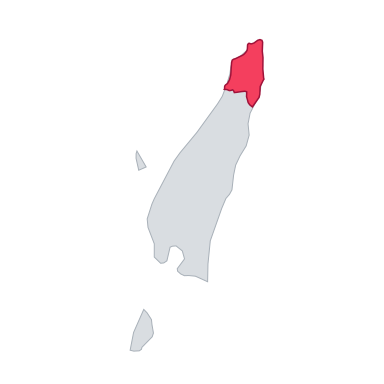 where Lautém sits in East Timor, rotated 309°
{"feature_id": "TLS-553", "entity_name": "Lautém", "entity_type": "District", "adm_level": 1, "iso_a3": "TLS", "parent_name": "East Timor", "parent_adm1": "", "projection": "mercator", "projection_center": [126.937, -8.535], "detail": "fine", "context": "in_parent", "style": "filled", "palette": "rose", "viewbox_px": 384, "rotation_deg": 309, "n_neighbors": 0, "source": "natural_earth", "source_scale": "10m", "svg_char_len": 1734}
<svg xmlns="http://www.w3.org/2000/svg" viewBox="0 0 384 384"><g transform="rotate(309 192 192)"><path d="M132.1,260.6L128.7,247.6L125.0,242.0L122.2,238.8L121.2,234.8L121.4,230.7L123.1,228.8L135.3,228.3L140.1,221.6L140.1,213.6L137.6,210.9L135.3,209.7L122.7,215.8L119.1,214.7L116.9,212.5L117.7,203.6L128.0,195.3L136.8,180.1L142.9,174.1L157.3,168.5L163.1,166.9L204.8,158.6L214.8,158.0L241.2,158.3L276.6,156.4L285.4,155.3L296.7,151.6L307.7,147.1L313.5,143.5L319.6,141.0L328.7,144.2L344.1,146.7L348.3,148.8L352.2,151.8L334.2,167.7L314.5,180.9L302.4,184.9L289.9,187.5L280.3,192.6L272.2,200.6L261.9,205.1L250.3,206.6L240.4,209.0L231.3,213.7L218.8,221.7L213.7,222.6L208.4,222.4L198.0,225.4L165.6,236.9L146.1,249.7L132.1,260.6ZM30.1,243.5L46.1,235.0L70.4,228.4L69.8,233.2L67.3,240.8L63.7,244.4L58.1,250.8L54.4,252.2L39.8,250.8L38.0,251.7L35.4,251.0L31.7,246.9L30.1,243.5ZM189.2,123.4L182.6,140.6L175.4,136.9L183.0,127.3L186.7,124.4L189.2,123.4Z" fill="#d9dde1" stroke="#a8b0b8" stroke-width="1"/><path d="M292.1,152.5L292.6,152.4L294.5,151.0L295.3,150.7L296.4,150.7L298.1,151.2L298.8,151.3L303.1,150.4L307.3,148.5L317.5,141.3L319.7,140.3L321.3,140.7L322.9,141.8L329.8,145.1L331.7,145.7L334.1,145.9L336.6,145.7L338.3,144.8L341.3,142.6L342.0,142.4L343.3,142.6L343.8,143.3L344.0,144.2L344.7,145.1L346.8,146.4L351.3,147.6L353.2,148.9L353.9,150.9L352.9,152.6L345.7,158.0L341.1,162.6L332.1,169.7L325.7,175.9L325.0,176.9L323.8,177.0L316.9,178.6L310.6,183.2L307.7,184.6L296.1,185.4L296.1,182.0L296.8,179.5L297.1,179.0L298.4,177.3L300.4,174.4L303.1,172.4L304.3,171.4L303.6,169.7L300.9,167.0L297.4,163.8L295.9,162.3L296.7,161.0L297.0,159.3L295.4,158.3L294.3,157.2L293.6,154.7L292.1,152.5Z" fill="#f43f5e" stroke="#9f1239" stroke-width="1.5"/></g></svg>